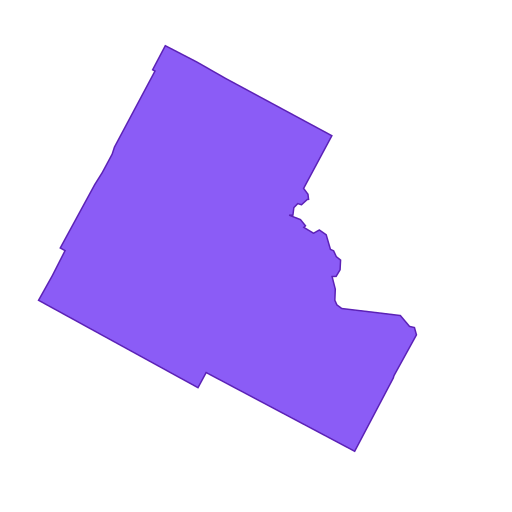 the district of Itasca, Minnesota, United States of America, rotated 208°
{"feature_id": "52423323B57415420837442", "entity_name": "Itasca", "entity_type": "district", "adm_level": 2, "iso_a3": "USA", "parent_name": "United States of America", "parent_adm1": "Minnesota", "projection": "robinson", "projection_center": [-93.745, 47.462], "detail": "fine", "context": "isolated", "style": "filled", "palette": "violet", "viewbox_px": 512, "rotation_deg": 208, "n_neighbors": 0, "source": "geoboundaries", "source_scale": "gbopen_adm2", "svg_char_len": 765}
<svg xmlns="http://www.w3.org/2000/svg" viewBox="0 0 512 512"><g transform="rotate(208 256 256)"><path d="M427.2,114.8L245.4,112.5L245.3,129.7L77.2,129.9L77.5,212.7L78.0,215.1L77.3,261.7L82.5,267.2L87.4,265.9L100.6,271.2L155.6,249.9L161.6,250.8L165.6,253.9L170.4,263.9L179.2,273.6L175.7,275.6L175.3,283.3L179.4,292.1L184.8,293.1L189.9,297.0L193.4,296.8L204.0,307.7L212.3,308.7L215.9,303.1L227.2,303.7L226.5,305.9L233.8,309.0L245.9,307.6L242.6,309.4L245.3,316.5L243.7,321.9L239.9,322.6L237.3,329.9L236.2,330.7L239.1,334.9L245.7,338.0L245.5,397.8L366.2,398.5L399.2,399.5L434.8,399.1L434.7,371.9L432.0,371.9L432.1,285.7L430.8,278.4L430.9,257.4L431.9,243.6L432.6,171.2L427.1,171.1L426.6,142.9L427.2,114.8Z" fill="#8b5cf6" stroke="#5b21b6" stroke-width="1.5"/></g></svg>